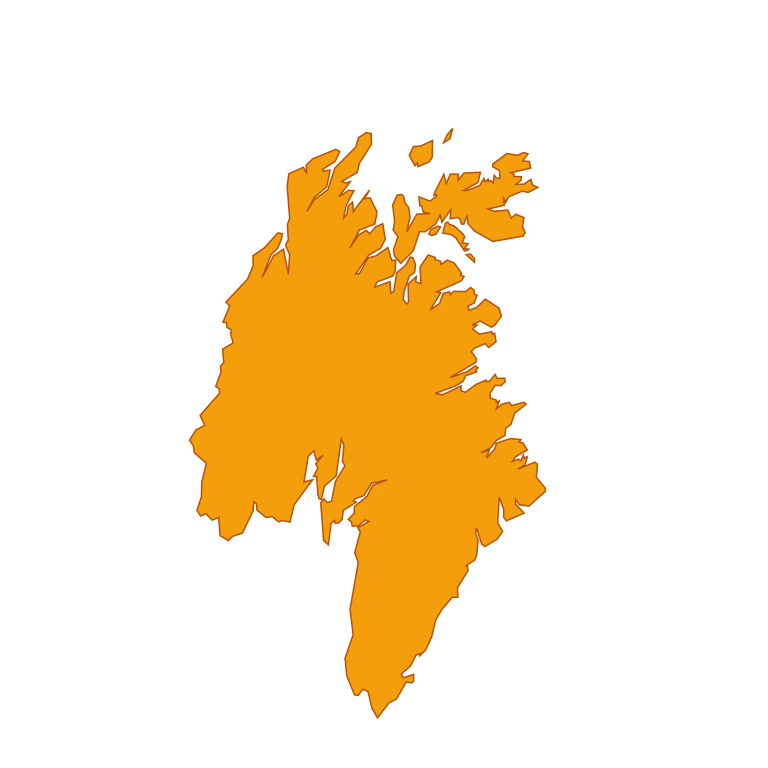 Highland, Natural Earth projection, rotated 127°
{"feature_id": "GBR-2745", "entity_name": "Highland", "entity_type": "Unitary District", "adm_level": 1, "iso_a3": "GBR", "parent_name": "United Kingdom", "parent_adm1": "", "projection": "natural_earth1", "projection_center": [-5.279, 57.587], "detail": "fine", "context": "isolated", "style": "filled", "palette": "amber", "viewbox_px": 768, "rotation_deg": 127, "n_neighbors": 0, "source": "natural_earth", "source_scale": "10m", "svg_char_len": 6177}
<svg xmlns="http://www.w3.org/2000/svg" viewBox="0 0 768 768"><g transform="rotate(127 384 384)"><path d="M327.2,559.7L325.2,555.7L329.7,553.2L339.6,550.6L349.1,552.0L372.0,545.5L348.1,549.3L336.8,545.4L354.0,526.4L337.5,537.2L332.4,546.1L326.4,547.3L315.0,556.9L308.3,559.2L284.2,580.5L273.4,586.5L259.4,578.8L262.5,572.4L256.0,577.8L247.2,576.5L225.6,563.7L224.9,559.3L235.8,557.0L249.5,562.2L250.5,560.8L245.6,555.7L261.0,548.4L277.3,552.0L292.4,549.4L278.9,550.6L262.5,545.8L241.1,553.2L211.8,549.1L202.6,552.6L193.8,549.4L191.8,544.9L200.0,538.3L222.3,536.6L231.3,532.7L247.6,539.7L246.8,535.7L242.7,532.7L261.5,532.7L250.6,528.8L247.8,524.4L264.9,521.5L275.5,516.2L270.9,515.8L263.3,519.7L257.6,518.6L264.6,512.3L237.7,512.3L247.7,511.1L243.7,507.1L250.8,493.1L261.8,487.6L275.8,496.3L295.5,493.1L280.2,494.0L271.9,490.7L272.7,485.8L263.7,485.4L256.7,481.5L267.6,470.1L277.7,468.4L290.4,473.8L313.3,472.7L310.4,470.0L293.0,472.7L286.6,467.6L272.7,463.1L280.7,452.2L278.0,449.1L287.6,442.8L292.6,442.0L306.7,451.0L312.3,449.7L298.6,440.8L307.5,433.0L304.0,432.0L287.5,440.8L276.2,438.2L267.0,439.5L265.7,437.0L269.7,430.6L276.6,426.6L282.5,428.8L298.7,423.4L305.2,419.2L306.4,414.0L304.0,413.6L289.7,424.9L278.7,422.9L283.4,420.1L281.6,414.9L269.0,425.5L254.4,426.4L252.0,419.1L253.9,417.8L251.9,412.7L254.0,410.2L247.1,408.2L245.1,400.6L248.9,388.5L251.1,388.5L250.0,384.7L255.1,384.3L278.7,397.4L276.8,393.6L297.1,391.7L286.2,388.1L275.8,391.2L270.9,387.1L272.8,384.7L268.0,384.1L261.1,374.5L254.8,372.9L254.9,368.4L257.9,366.1L257.1,363.0L265.2,360.8L271.2,363.9L273.9,360.5L267.2,356.1L255.2,354.2L254.2,337.6L259.2,331.1L270.4,330.9L274.0,332.5L275.9,345.2L283.8,349.2L280.9,345.2L286.8,346.5L286.7,337.9L277.4,329.3L278.9,327.4L276.9,326.2L282.8,319.9L291.8,322.4L290.9,327.5L300.9,333.4L305.5,333.8L308.1,325.6L311.3,323.7L339.1,335.0L324.9,325.5L314.5,321.8L314.5,318.6L317.5,319.4L318.3,317.2L328.2,323.7L334.1,322.4L342.4,325.6L360.9,337.6L357.1,330.6L339.1,321.2L343.1,318.5L341.6,314.0L328.9,310.3L319.3,304.6L320.4,303.4L318.2,301.3L309.5,300.9L311.4,297.0L306.7,291.0L309.4,288.5L314.9,289.6L318.3,294.4L327.7,293.7L331.2,290.7L329.2,284.3L331.2,283.1L328.2,281.7L336.2,279.3L329.2,277.7L323.3,273.0L324.4,269.1L314.5,261.4L314.6,258.3L328.7,262.1L339.9,258.3L346.1,260.2L352.3,256.4L361.2,260.2L370.6,260.2L380.5,265.4L373.5,260.2L381.5,257.7L369.5,256.4L363.7,258.6L351.4,250.1L346.0,241.2L348.9,241.2L347.5,237.4L350.4,229.9L362.6,235.0L368.6,234.9L363.2,231.4L362.7,228.6L356.8,229.9L358.7,227.3L355.7,225.9L363.7,222.7L371.5,225.9L355.7,216.5L355.7,213.2L366.8,206.1L370.1,192.5L372.5,190.5L394.3,194.8L399.0,203.2L396.9,209.6L400.7,206.5L402.8,194.4L419.6,203.9L418.5,208.3L411.8,213.2L405.2,223.8L426.5,209.6L430.3,200.5L440.0,200.3L453.0,205.6L453.1,209.6L443.3,223.5L448.1,221.1L452.0,214.9L464.9,207.0L470.2,205.6L480.6,209.6L478.5,208.3L482.5,204.6L502.5,202.8L509.9,196.6L513.6,201.2L529.1,202.1L541.3,200.7L557.3,193.7L571.7,190.7L579.6,191.9L577.7,193.2L581.1,195.3L593.3,193.2L605.2,195.6L607.1,191.9L598.1,185.5L603.5,181.5L605.9,181.8L608.5,186.9L628.0,184.5L635.5,188.1L654.5,188.3L650.4,198.2L639.1,211.9L640.6,217.1L648.4,217.3L650.0,220.5L639.3,238.3L626.4,250.1L602.9,257.7L584.4,275.5L542.3,297.0L536.2,305.9L516.3,314.0L514.7,318.6L502.8,313.3L503.8,317.2L512.7,319.2L516.7,323.7L513.8,327.1L513.7,331.1L505.0,330.0L500.0,333.8L483.7,330.0L472.0,332.1L458.5,323.7L470.8,334.2L485.1,332.8L493.6,338.2L495.9,338.1L495.1,335.0L509.4,340.4L517.5,335.9L522.1,336.6L524.7,339.0L522.7,341.4L527.4,342.3L545.9,331.6L545.4,338.0L517.0,363.0L511.9,362.7L512.9,358.0L509.1,355.4L491.0,364.2L472.8,366.0L470.8,370.7L457.2,379.1L453.6,385.0L486.2,366.9L501.4,370.1L514.0,364.4L514.7,366.7L511.7,370.6L498.3,382.2L500.3,384.7L490.8,386.3L488.8,390.5L477.6,389.8L485.5,392.3L479.6,399.9L487.4,401.0L510.4,388.9L503.4,383.4L534.5,383.1L550.8,376.0L554.6,383.6L557.5,385.0L557.2,393.4L561.6,397.9L561.2,409.5L556.3,413.8L556.4,417.0L563.9,412.3L588.1,407.3L596.8,413.2L602.7,414.1L603.8,423.6L590.1,435.7L596.1,439.3L594.8,448.3L599.8,451.0L597.5,457.4L583.9,462.0L571.9,470.6L554.2,478.1L553.1,494.1L548.0,499.2L545.9,505.5L534.0,506.6L524.9,502.3L519.8,512.0L490.6,509.8L487.0,512.5L487.2,516.9L472.5,521.4L468.2,525.3L463.3,524.9L453.2,533.9L441.9,529.2L436.4,536.6L432.6,538.2L433.3,543.4L429.8,546.9L431.5,549.9L414.6,554.1L413.7,559.5L382.4,556.1L368.5,559.6L360.5,565.8L346.8,561.4L327.2,559.7ZM145.1,428.0L142.7,429.4L126.0,424.6L120.9,414.9L115.0,411.7L113.5,407.5L122.3,407.5L118.8,401.7L123.4,396.8L139.0,409.9L138.2,406.4L140.1,405.1L135.7,399.1L138.4,397.2L145.3,398.8L140.2,392.5L132.2,389.8L135.7,385.2L134.4,379.5L144.2,384.1L146.7,389.7L159.6,397.1L166.0,396.1L162.7,401.6L168.9,395.5L181.8,406.4L179.8,400.0L170.5,389.7L174.9,382.2L169.0,380.9L166.9,372.3L174.9,368.2L178.1,362.4L182.0,361.8L204.6,382.8L207.4,403.8L205.4,413.4L199.5,419.1L208.4,416.5L209.6,418.4L206.4,422.9L207.1,426.0L212.3,430.6L204.3,435.6L220.0,435.1L215.3,440.8L225.3,439.1L237.7,442.8L240.9,447.3L260.1,440.8L277.6,443.2L275.3,452.9L271.2,457.2L258.0,461.5L255.4,469.5L247.8,473.3L235.8,484.8L225.4,487.2L222.0,484.1L222.5,480.9L226.4,476.9L228.3,470.5L234.9,463.7L248.9,457.4L228.5,460.0L220.2,449.7L223.1,456.0L219.1,461.1L220.1,462.5L213.6,468.8L210.2,457.4L202.7,455.0L201.3,456.0L203.4,457.5L200.8,458.7L180.4,462.5L186.5,454.9L176.5,457.4L171.6,450.9L176.5,447.3L167.5,447.2L156.9,434.4L166.4,430.2L181.6,437.0L179.8,434.5L167.9,427.0L159.7,428.0L161.8,425.4L157.8,424.1L159.7,422.9L157.4,421.4L157.9,417.8L150.9,421.6L151.8,418.2L150.0,415.2L144.0,420.3L145.1,428.0ZM179.3,481.6L190.0,487.6L187.3,490.6L191.1,490.6L186.3,501.3L176.7,503.4L171.8,497.9L160.3,491.8L173.6,482.1L179.3,481.6ZM217.3,428.0L215.5,423.3L216.7,411.3L217.8,408.2L224.3,406.4L221.4,401.3L227.4,401.3L225.3,397.4L227.7,398.1L229.3,399.9L224.1,414.6L224.2,420.3L228.1,427.8L218.7,431.7L216.2,430.6L217.3,428.0ZM232.6,439.5L225.5,436.0L224.6,433.4L233.0,432.6L236.8,435.3L237.4,438.2L232.6,439.5ZM138.5,482.9L148.6,478.9L155.5,481.6L147.0,483.6L138.5,482.9ZM231.3,396.1L228.2,393.3L229.3,387.1L232.3,385.1L231.3,396.1Z" fill="#f59e0b" stroke="#b45309" stroke-width="1.5"/></g></svg>